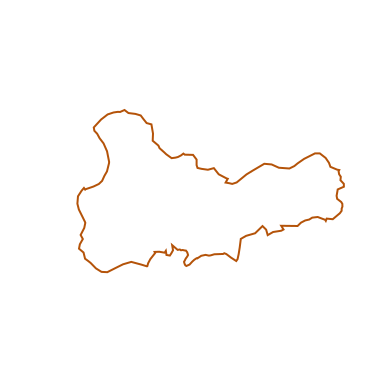 Dalaba, Dalaba, Guinea (orthographic projection), rotated 228°
{"feature_id": "49546643B54901917722686", "entity_name": "Dalaba", "entity_type": "district", "adm_level": 2, "iso_a3": "GIN", "parent_name": "Guinea", "parent_adm1": "Dalaba", "projection": "orthographic", "projection_center": [-12.176, 10.89], "detail": "fine", "context": "isolated", "style": "outline", "palette": "amber", "viewbox_px": 384, "rotation_deg": 228, "n_neighbors": 0, "source": "geoboundaries", "source_scale": "gbopen_adm2", "svg_char_len": 2331}
<svg xmlns="http://www.w3.org/2000/svg" viewBox="0 0 384 384"><g transform="rotate(228 192 192)"><path d="M225.5,70.1L219.6,70.9L214.0,67.9L210.1,68.7L207.1,69.2L199.5,69.5L193.2,71.3L189.1,75.4L186.7,84.2L184.4,92.4L180.7,100.1L177.6,102.1L172.2,105.6L166.9,108.8L166.8,109.2L168.4,111.7L170.0,116.1L171.3,123.7L172.5,124.1L169.5,127.7L165.3,131.0L165.4,131.7L165.8,133.2L162.3,130.9L159.6,133.0L160.2,135.4L161.4,138.9L165.8,141.7L158.6,142.6L157.4,144.5L156.1,144.8L155.1,146.3L153.5,147.4L152.5,148.3L150.4,148.1L147.8,146.9L147.2,145.1L146.7,142.7L146.1,141.3L145.4,139.3L143.5,138.4L142.0,138.0L140.8,138.3L139.7,141.6L140.1,145.7L140.1,148.4L139.8,150.5L139.7,151.1L139.4,151.7L139.2,150.9L138.4,156.2L136.2,160.0L133.4,162.0L132.4,163.5L130.8,166.9L125.1,173.7L124.9,175.0L122.9,176.0L117.1,177.1L111.1,178.7L111.6,180.9L114.6,185.1L118.9,190.4L124.5,196.9L123.2,202.9L119.1,211.3L119.5,221.6L114.4,221.9L109.3,219.4L108.0,225.5L103.5,232.4L102.9,234.9L107.2,235.7L96.1,247.7L96.3,252.5L95.1,257.1L93.1,260.7L92.5,264.2L89.3,268.7L85.0,270.9L81.8,272.6L81.6,272.2L81.0,272.1L82.1,274.3L77.6,278.4L77.3,287.7L77.9,290.6L79.5,292.1L80.5,294.0L82.6,295.8L84.7,296.2L89.8,295.3L92.4,296.9L96.4,302.0L94.3,308.4L96.5,310.3L101.4,310.2L103.8,312.8L106.7,313.2L109.3,314.8L109.8,316.1L111.5,314.8L118.1,311.7L122.0,313.3L127.9,314.1L135.2,312.8L138.4,309.2L141.6,297.5L142.6,289.6L142.8,285.4L144.3,280.1L151.9,272.8L159.2,269.6L164.6,264.6L167.3,251.3L168.6,244.3L169.2,231.6L171.1,227.3L173.3,225.8L176.5,223.3L177.9,227.4L178.9,226.8L187.3,223.7L195.1,224.2L197.9,218.7L202.8,214.6L206.2,212.2L208.9,213.4L213.0,217.1L217.5,217.5L218.9,217.6L224.6,211.6L226.3,211.3L226.5,208.8L226.5,208.5L227.4,205.0L228.6,202.7L230.8,199.5L237.3,198.1L240.0,197.9L246.2,197.2L249.0,198.1L256.4,197.1L261.5,202.1L269.4,207.1L273.6,204.4L278.6,204.7L283.2,205.1L287.9,202.2L293.2,197.6L298.1,196.7L299.6,192.1L301.2,190.5L303.6,186.9L306.1,181.2L306.7,173.0L305.7,162.2L302.8,160.4L298.7,160.5L293.7,159.3L287.3,158.8L279.1,156.1L269.9,150.6L269.0,149.7L264.2,142.6L262.6,137.7L260.4,132.6L260.3,128.1L262.0,122.4L265.3,114.7L265.3,114.2L267.3,114.4L266.8,110.7L265.1,104.4L260.0,99.0L254.7,96.2L241.8,92.6L240.5,92.1L237.4,87.9L235.8,83.7L234.6,80.5L230.1,79.4L228.2,73.7L225.5,70.1Z" fill="none" stroke="#b45309" stroke-width="2"/></g></svg>